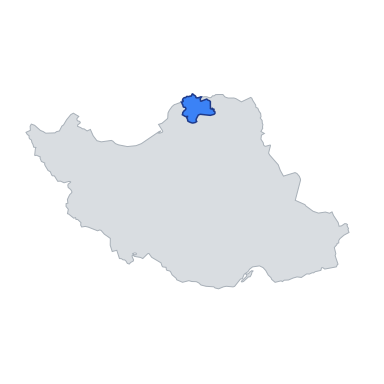 location of North Khorasan within Iran, rotated 337°
{"feature_id": "IRN-3246", "entity_name": "North Khorasan", "entity_type": "Province", "adm_level": 1, "iso_a3": "IRN", "parent_name": "Iran", "parent_adm1": "", "projection": "albers", "projection_center": [57.06, 37.45], "detail": "fine", "context": "in_parent", "style": "filled", "palette": "blue", "viewbox_px": 384, "rotation_deg": 337, "n_neighbors": 0, "source": "natural_earth", "source_scale": "10m", "svg_char_len": 5455}
<svg xmlns="http://www.w3.org/2000/svg" viewBox="0 0 384 384"><g transform="rotate(337 192 192)"><path d="M187.6,116.7L191.3,117.0L198.0,114.9L198.6,114.4L200.8,109.9L203.1,107.9L207.1,105.5L209.7,104.7L218.8,105.2L219.5,103.3L221.0,102.4L230.8,102.9L232.3,104.4L232.9,107.0L241.1,109.3L242.8,110.1L244.8,112.0L246.4,112.5L248.6,111.5L249.9,112.1L252.0,111.6L258.5,114.3L259.4,117.2L260.6,118.5L262.1,119.7L267.2,121.8L268.8,123.1L272.7,128.3L283.0,127.9L283.7,129.0L283.7,131.3L284.6,136.8L283.9,138.9L285.3,140.6L285.3,144.1L285.9,146.4L284.9,149.8L283.7,150.5L284.5,153.5L283.5,156.4L283.7,157.4L282.2,159.9L282.1,160.9L279.1,163.2L281.5,166.4L278.1,166.8L276.1,170.3L276.8,174.5L276.3,176.7L276.7,177.9L277.6,178.7L282.3,179.3L282.4,179.9L277.7,186.1L278.0,188.5L282.0,200.6L281.7,206.8L282.4,213.1L294.4,214.4L295.8,215.9L296.9,219.4L296.9,222.0L296.6,223.4L283.8,240.0L291.0,247.7L291.4,249.4L295.9,257.0L300.1,260.8L307.0,262.6L310.3,265.3L313.1,265.0L313.1,269.0L314.6,277.2L314.0,281.0L316.5,281.6L320.2,280.8L321.6,281.5L322.4,282.8L321.5,283.6L321.8,286.8L320.9,287.6L320.7,290.6L315.1,291.1L310.0,292.7L308.1,294.0L307.2,296.2L305.4,296.1L304.9,297.0L301.3,298.7L300.3,305.0L298.9,306.5L298.2,315.5L297.4,315.7L295.6,317.3L284.1,314.8L282.8,312.7L281.6,312.4L280.0,314.5L274.3,313.5L272.3,313.9L271.1,313.3L268.0,313.4L265.6,312.2L259.3,313.4L255.5,311.2L251.4,310.7L246.4,310.7L242.4,309.2L240.2,309.8L239.3,308.6L233.2,307.6L231.2,303.6L231.2,301.6L229.7,298.2L229.2,293.1L227.9,289.4L225.3,286.4L218.5,284.6L215.0,285.5L212.3,287.2L207.9,288.1L204.5,291.4L202.5,291.1L194.4,295.5L192.7,295.4L186.8,292.2L184.1,291.6L178.6,291.5L175.7,289.3L175.0,287.8L168.1,284.3L163.9,281.1L162.7,278.3L160.9,276.2L156.8,274.3L154.5,272.4L148.0,271.4L143.6,266.8L143.7,265.3L141.3,260.4L141.1,256.9L140.5,255.9L138.3,254.3L138.1,253.3L138.7,251.2L135.9,249.6L135.5,248.5L135.8,245.1L129.4,236.4L128.3,231.7L127.1,231.5L120.7,234.0L119.0,232.1L113.9,228.8L113.2,227.6L114.6,227.2L115.9,227.8L116.8,227.3L116.5,226.3L115.2,225.6L113.4,225.5L113.8,226.4L112.0,227.2L111.6,228.3L111.7,231.7L110.9,232.6L108.0,232.9L106.1,233.8L104.6,232.4L104.3,229.9L103.5,228.2L102.0,227.5L101.0,225.8L99.2,224.9L100.0,216.3L95.3,215.6L95.9,209.1L98.7,202.8L94.8,196.5L93.3,191.8L92.2,190.9L89.9,190.8L82.9,183.9L80.4,182.0L76.8,181.1L76.6,179.0L77.8,176.7L76.4,173.5L75.9,172.5L74.5,172.0L74.8,170.1L72.9,169.9L69.9,164.2L68.9,163.3L71.4,159.6L70.4,156.1L71.6,153.5L73.4,153.8L74.4,150.2L78.2,146.8L81.2,145.5L81.6,144.4L81.3,142.3L79.8,139.5L80.3,137.4L81.0,136.4L84.1,135.6L84.3,135.1L83.0,134.2L77.8,133.5L75.2,130.6L72.6,129.7L71.7,123.9L71.4,123.2L70.2,122.8L69.5,121.7L69.5,117.9L67.9,116.0L67.1,110.3L67.2,108.9L67.8,107.8L65.3,105.0L65.4,101.3L66.1,100.5L63.2,97.4L61.7,97.1L61.6,96.6L64.6,91.2L65.7,90.0L63.8,88.9L64.2,86.1L64.0,83.7L64.5,81.5L63.4,79.7L63.2,78.7L64.0,76.3L62.9,74.9L62.5,72.2L67.3,72.1L68.7,68.2L70.6,66.7L73.2,69.1L76.5,76.1L78.7,78.3L80.3,80.7L88.9,84.0L90.8,83.5L93.8,84.0L98.1,80.4L99.9,80.1L104.8,76.5L110.7,73.4L113.6,73.1L117.3,78.2L114.8,79.4L114.3,80.5L114.4,81.7L116.2,83.1L116.3,84.4L115.6,85.0L113.1,85.5L112.3,86.8L114.7,89.2L115.9,91.1L117.3,91.7L119.3,94.8L122.9,94.7L123.0,101.7L124.5,107.6L128.1,110.4L137.9,113.0L139.0,114.2L140.4,117.5L142.8,119.9L150.2,124.9L158.6,127.5L164.3,127.7L185.4,123.5L187.4,123.6L184.2,124.7L185.4,125.3L188.1,125.4L188.7,124.9L188.8,124.1L187.6,116.7ZM216.0,289.1L214.5,291.1L212.4,292.7L210.8,292.2L204.4,294.5L202.7,294.3L202.5,293.5L209.6,290.8L209.9,290.1L209.5,288.6L211.8,289.3L214.3,288.1L216.4,287.8L217.3,288.6L216.0,289.1Z" fill="#d9dde1" stroke="#a8b0b8" stroke-width="1"/><path d="M230.5,101.9L230.7,102.0L231.0,102.0L231.1,102.4L231.2,102.5L231.5,103.0L231.7,103.6L231.9,103.8L232.3,104.3L232.5,104.8L232.7,105.2L232.8,105.5L232.5,106.6L232.9,107.1L234.7,107.8L234.9,107.8L235.1,107.7L235.4,107.7L235.6,107.7L236.3,107.9L236.9,107.9L237.1,107.8L237.3,107.8L237.5,107.9L237.6,108.1L237.8,108.2L236.3,109.2L235.8,109.7L235.8,110.4L235.6,111.0L235.4,111.6L235.9,112.0L241.8,112.2L242.1,112.5L242.2,113.1L242.6,113.7L243.8,114.8L244.1,115.6L244.2,116.2L243.9,116.8L243.6,117.2L243.5,117.5L243.5,117.8L243.3,118.3L242.9,119.0L242.1,121.3L241.6,122.0L241.6,122.6L242.3,123.0L242.7,123.4L242.9,123.9L243.3,123.8L243.5,123.3L243.7,123.7L244.0,124.1L244.5,124.3L244.5,124.7L243.7,125.5L243.6,126.0L243.8,126.3L244.3,126.5L244.4,127.1L244.0,128.4L243.5,128.8L242.5,129.1L238.8,128.6L230.0,123.7L227.9,123.6L224.7,126.2L223.9,127.2L223.8,128.0L223.9,128.6L223.9,129.0L221.8,129.3L221.2,129.1L219.9,128.9L219.2,128.6L217.7,127.3L216.1,125.5L215.9,125.0L215.9,124.7L216.2,123.7L216.3,122.5L216.2,122.1L216.1,121.9L216.1,121.5L216.5,121.3L217.2,121.1L217.4,120.7L216.7,120.4L216.2,120.5L215.3,119.8L213.3,117.1L213.7,116.7L214.7,115.1L215.7,114.7L216.1,114.3L216.5,114.1L216.8,114.1L218.4,113.6L219.1,112.6L218.9,111.5L218.3,111.1L217.7,110.8L217.3,110.3L217.3,109.5L217.5,108.5L217.6,108.1L217.4,107.4L217.4,106.8L217.5,106.3L217.4,105.1L217.8,105.3L218.0,105.3L219.1,105.2L219.3,105.0L219.5,104.8L219.5,104.4L219.5,104.2L219.1,103.7L220.0,102.8L220.5,102.5L220.9,102.3L222.1,102.2L222.3,102.3L222.5,102.4L222.7,102.5L222.9,102.6L223.1,102.6L224.1,102.1L224.7,102.0L224.9,102.1L225.4,102.5L225.8,102.7L226.0,102.8L228.0,103.2L228.5,103.4L228.8,103.4L229.0,103.3L229.2,103.1L229.6,102.9L229.7,102.7L230.0,102.2L230.4,102.0L230.5,101.9Z" fill="#3b82f6" stroke="#1e3a8a" stroke-width="1.5"/></g></svg>